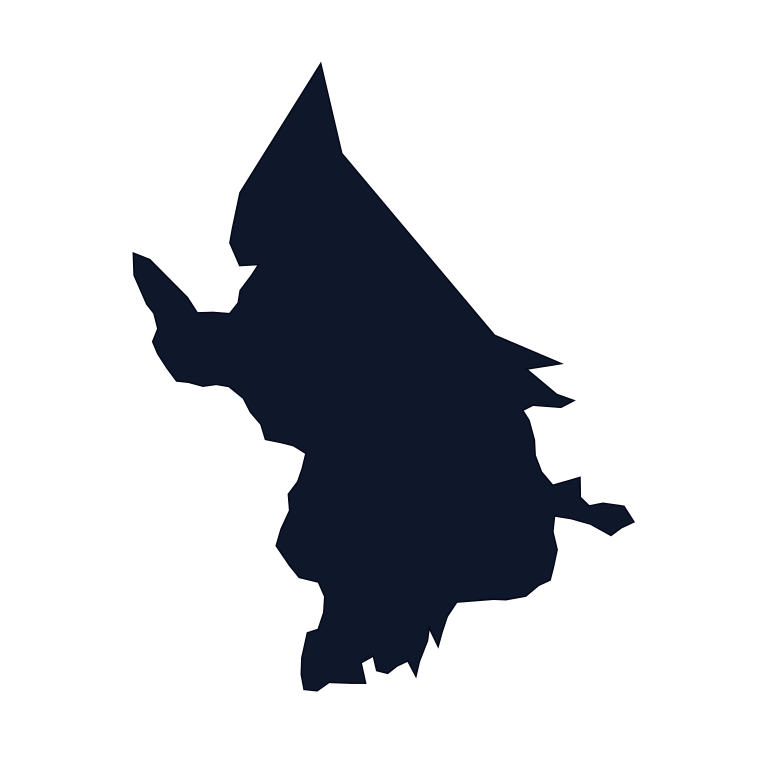 the district of Guaramiranga, Ceará, Brazil, rotated 186°
{"feature_id": "56859067B5933904646135", "entity_name": "Guaramiranga", "entity_type": "district", "adm_level": 2, "iso_a3": "BRA", "parent_name": "Brazil", "parent_adm1": "Ceará", "projection": "robinson", "projection_center": [-38.956, -4.252], "detail": "fine", "context": "isolated", "style": "filled", "palette": "ink", "viewbox_px": 768, "rotation_deg": 186, "n_neighbors": 0, "source": "geoboundaries", "source_scale": "gbopen_adm2", "svg_char_len": 1422}
<svg xmlns="http://www.w3.org/2000/svg" viewBox="0 0 768 768"><g transform="rotate(186 384 384)"><path d="M647.0,488.0L643.9,466.0L636.1,452.3L628.3,438.6L620.2,430.3L614.7,415.3L618.5,401.9L612.1,390.3L601.5,377.2L590.6,365.3L578.7,365.3L563.8,362.9L550.8,366.1L538.0,365.3L522.4,355.1L513.8,342.0L502.2,331.0L496.1,316.5L481.1,315.1L467.6,313.2L454.4,306.8L456.5,291.2L459.6,277.8L467.6,264.4L464.6,248.3L471.2,228.9L474.3,211.8L459.1,193.8L448.2,182.8L428.5,180.1L420.7,166.4L420.0,150.5L423.8,133.1L434.2,128.5L437.1,103.0L435.9,86.4L431.6,71.9L418.4,71.9L407.5,81.5L384.5,83.1L371.0,84.5L377.6,104.3L366.2,112.4L361.3,98.2L350.1,96.6L341.6,104.9L331.4,111.1L321.7,96.6L319.8,111.9L313.9,133.3L313.6,146.2L302.7,128.5L300.4,143.0L296.8,159.4L288.8,174.7L252.5,181.4L240.2,182.2L220.8,187.9L209.2,199.9L198.3,206.4L196.4,219.3L194.5,237.3L200.6,254.7L200.6,270.6L183.8,269.7L164.1,266.3L142.4,257.1L133.1,265.7L121.0,273.0L132.6,287.5L153.7,288.3L167.2,284.2L176.9,291.8L179.3,311.6L205.6,300.9L218.2,313.0L226.2,328.8L228.6,344.1L235.9,362.9L243.3,372.3L233.6,378.5L205.6,379.3L193.3,387.4L211.1,391.7L243.8,413.7L209.9,422.8L279.1,444.0L389.2,550.1L450.1,608.9L480.4,696.1L539.9,574.2L547.2,559.2L551.0,522.7L552.0,508.2L539.9,486.7L521.2,489.7L527.3,477.8L536.8,462.0L537.5,449.4L544.9,437.8L561.7,437.3L577.1,435.2L588.5,449.4L629.9,483.2L647.0,488.0Z" fill="#0f172a" stroke="#020617" stroke-width="1.5"/></g></svg>